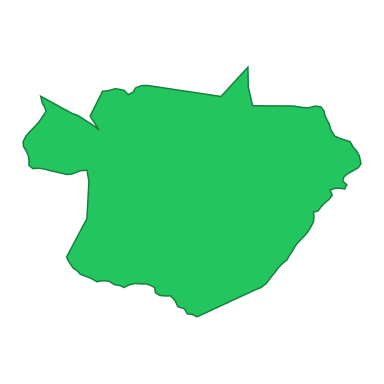 Marechal Deodoro, Alagoas, Brazil (Albers equal-area conic projection)
{"feature_id": "56859067B1400711858977", "entity_name": "Marechal Deodoro", "entity_type": "district", "adm_level": 2, "iso_a3": "BRA", "parent_name": "Brazil", "parent_adm1": "Alagoas", "projection": "albers", "projection_center": [-35.91, -9.719], "detail": "fine", "context": "isolated", "style": "filled", "palette": "green", "viewbox_px": 384, "rotation_deg": 0, "n_neighbors": 0, "source": "geoboundaries", "source_scale": "gbopen_adm2", "svg_char_len": 1626}
<svg xmlns="http://www.w3.org/2000/svg" viewBox="0 0 384 384"><path d="M260.7,287.7L266.0,283.7L269.8,278.8L272.4,275.4L274.9,272.5L277.6,268.5L282.6,263.4L287.1,259.8L289.0,256.1L291.9,251.9L294.4,247.4L297.4,243.1L301.4,239.0L304.2,236.1L307.3,232.6L310.8,227.0L313.5,221.7L314.0,216.6L313.5,212.2L317.9,211.0L321.7,206.1L324.6,203.1L329.1,199.4L332.2,195.2L330.2,189.9L335.5,188.2L340.0,188.2L344.7,189.0L346.8,184.7L342.7,181.2L343.9,177.0L346.8,174.3L352.4,171.1L358.2,167.8L361.0,163.8L359.3,155.8L356.3,150.5L353.3,147.5L350.1,141.6L344.5,139.9L340.2,138.5L334.7,136.1L331.0,130.2L329.4,124.4L326.9,119.7L324.8,115.1L324.1,111.1L320.8,106.8L315.2,106.1L308.2,107.9L302.1,107.4L293.6,106.0L252.6,105.8L248.3,87.0L247.9,67.2L221.0,96.5L147.7,85.5L141.9,85.5L135.6,87.9L133.0,92.3L128.1,94.6L124.0,90.2L115.3,88.7L107.8,90.8L102.6,91.2L90.1,116.1L99.1,130.0L93.9,125.8L77.9,115.5L72.0,113.4L40.7,96.3L42.4,103.4L44.8,107.4L46.1,111.3L40.0,120.5L36.9,124.4L33.0,128.3L30.1,131.4L26.0,135.9L23.0,141.9L23.6,146.7L26.4,151.3L28.4,155.9L29.0,159.9L28.9,165.3L32.8,168.6L39.2,168.2L45.1,169.2L49.4,170.5L54.0,171.5L59.6,172.8L67.1,174.5L71.5,174.1L75.4,172.7L79.8,170.9L87.0,170.1L88.9,181.6L86.9,218.6L66.6,257.0L68.1,260.6L73.0,267.9L77.7,271.2L80.2,274.2L85.8,276.3L91.3,278.5L97.1,281.8L102.0,280.7L108.9,281.2L114.7,284.7L120.3,285.6L123.9,287.5L128.7,285.0L134.6,283.5L141.5,283.9L145.9,283.9L150.0,285.1L154.6,287.5L155.4,292.8L160.0,295.5L164.6,295.9L170.6,295.9L175.1,300.6L177.8,306.7L184.5,308.9L187.2,313.8L192.2,314.4L197.0,316.8L254.9,290.0L260.7,287.7Z" fill="#22c55e" stroke="#15803d" stroke-width="1.5"/></svg>